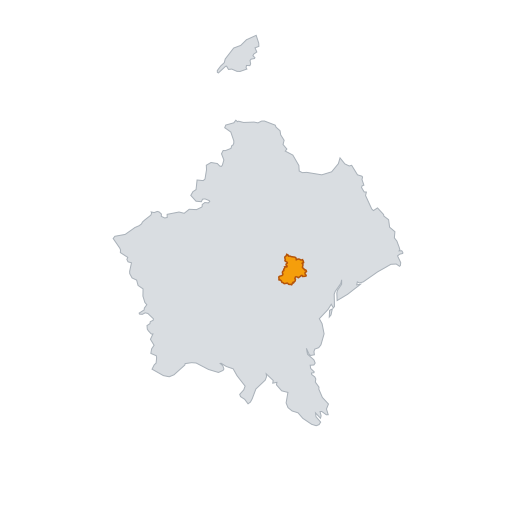 Haute-Vienne on a map of France (orthographic projection), rotated 226°
{"feature_id": "FRA-5303", "entity_name": "Haute-Vienne", "entity_type": "Metropolitan department", "adm_level": 1, "iso_a3": "FRA", "parent_name": "France", "parent_adm1": "", "projection": "orthographic", "projection_center": [1.157, 45.922], "detail": "fine", "context": "in_parent", "style": "filled", "palette": "amber", "viewbox_px": 512, "rotation_deg": 226, "n_neighbors": 0, "source": "natural_earth", "source_scale": "10m", "svg_char_len": 6342}
<svg xmlns="http://www.w3.org/2000/svg" viewBox="0 0 512 512"><g transform="rotate(226 256 256)"><path d="M360.5,211.2L358.0,212.9L356.6,216.0L355.0,216.9L351.9,217.1L350.3,215.4L346.7,216.8L345.4,218.9L347.7,221.0L341.1,231.2L336.6,234.0L336.0,240.4L330.7,245.4L329.0,250.5L328.9,251.5L330.4,253.1L330.0,256.3L327.3,258.6L327.4,260.7L328.2,260.9L332.5,259.0L334.0,257.0L333.0,254.4L337.1,250.9L344.9,251.2L346.1,255.4L345.4,259.0L351.6,266.4L346.9,270.4L346.8,272.8L352.4,280.3L355.8,283.3L354.5,288.6L349.4,292.4L345.9,292.4L344.5,293.3L344.7,294.9L347.4,299.6L353.5,302.2L354.7,305.7L353.1,307.1L350.8,312.7L352.2,315.3L351.8,316.5L352.5,318.3L354.2,320.0L362.7,324.0L370.0,322.6L371.2,325.2L367.2,332.6L367.7,335.8L365.4,336.0L365.1,337.1L360.7,339.8L353.7,347.6L350.4,349.9L349.2,353.7L347.3,355.8L336.8,360.7L334.7,359.9L329.4,360.3L326.0,357.9L319.7,356.6L317.4,352.9L311.5,352.5L311.1,349.9L303.0,352.6L291.3,349.7L287.1,346.1L283.8,347.2L280.9,350.6L268.7,359.7L264.0,368.9L265.2,379.4L268.2,384.6L260.5,383.9L256.0,385.6L254.8,387.8L243.9,385.4L239.9,387.6L238.8,387.5L237.3,385.3L232.0,382.8L232.8,381.1L232.0,379.5L227.0,378.3L225.3,379.8L223.4,376.8L209.4,371.9L207.1,372.0L206.2,376.8L197.2,376.6L195.9,375.7L190.0,376.6L183.9,372.1L177.0,372.8L172.9,368.1L168.9,367.7L163.2,365.2L160.6,363.9L160.3,362.5L158.5,364.5L156.4,364.0L155.9,363.3L157.4,360.8L157.8,357.9L150.7,355.5L148.9,353.3L148.9,352.1L152.8,351.3L156.3,347.3L160.1,332.5L162.9,315.0L164.8,311.7L167.0,310.9L165.3,308.4L163.1,311.5L164.8,295.4L167.6,283.4L173.3,288.5L174.7,290.7L176.2,298.0L179.4,301.1L177.4,298.1L175.5,288.4L174.2,285.7L165.2,277.4L164.9,275.6L169.0,276.6L167.5,270.6L166.9,258.0L161.4,256.5L152.7,250.9L147.0,241.0L146.5,237.4L148.2,233.6L146.9,231.2L144.4,229.4L146.5,226.2L148.3,225.9L154.6,228.1L149.5,224.8L141.1,225.5L137.9,224.2L137.4,221.9L139.8,219.1L137.1,217.2L132.3,217.4L131.8,216.6L133.3,214.6L132.1,213.7L128.2,214.3L126.0,213.6L124.1,211.1L117.9,210.2L116.6,208.7L108.2,205.5L99.2,205.3L97.0,200.4L91.7,197.7L92.9,196.3L98.5,195.3L99.6,194.0L95.8,191.8L94.5,189.7L101.8,189.8L98.7,187.5L91.6,187.1L90.9,184.2L92.1,181.4L96.3,179.1L106.7,176.9L114.0,177.3L119.5,174.3L124.7,173.7L129.4,175.6L135.7,184.2L141.2,180.8L149.1,181.2L150.6,183.3L152.9,179.7L154.5,181.9L164.2,181.5L162.0,180.0L160.3,176.4L160.4,163.5L155.9,154.0L154.8,150.5L155.2,147.6L160.8,148.3L165.6,147.2L167.8,148.2L168.2,154.2L170.0,157.8L183.1,159.2L190.7,161.2L197.1,157.9L203.1,156.4L203.6,155.6L200.1,155.9L197.0,154.4L196.6,152.8L198.3,148.1L207.4,143.0L220.6,138.6L224.0,135.6L227.8,130.3L227.0,129.0L227.5,114.5L229.4,109.7L234.3,106.3L246.8,102.6L248.4,107.2L248.4,109.8L251.8,113.8L253.5,115.0L259.0,112.7L261.7,116.4L262.6,120.7L269.4,122.2L271.5,127.7L272.7,126.5L276.9,126.6L278.9,127.0L281.7,129.3L281.0,132.7L282.2,134.3L281.2,137.4L282.1,138.6L289.8,138.3L292.1,136.8L293.0,133.7L295.2,131.8L296.1,132.3L294.9,138.1L296.1,139.5L296.8,143.6L299.8,143.8L305.7,146.8L310.8,151.9L316.7,150.7L321.6,153.4L326.3,151.6L331.0,152.9L332.7,154.4L337.6,161.7L340.7,159.9L343.2,160.7L344.1,162.8L352.7,160.8L354.5,162.8L356.4,163.5L367.8,165.4L368.2,168.2L362.4,176.9L360.6,188.7L359.0,192.9L358.6,195.9L359.3,197.9L359.2,201.1L358.4,208.7L359.4,210.8L360.5,211.2ZM417.2,362.6L417.1,367.5L419.1,370.7L421.1,384.4L418.1,391.3L418.2,399.4L414.6,409.4L407.2,405.8L404.8,403.7L406.4,399.9L402.2,398.3L402.8,394.7L402.2,392.9L399.4,393.0L399.1,392.1L401.0,389.2L400.8,387.5L397.9,385.6L397.2,383.8L399.7,381.5L398.3,379.6L396.8,379.3L399.8,372.8L402.0,370.6L407.3,368.4L409.3,365.8L413.0,366.7L413.6,366.0L413.8,356.1L415.0,355.8L416.3,357.0L417.2,362.6ZM165.8,271.2L164.9,274.1L161.5,269.0L161.2,266.3L165.8,271.2Z" fill="#d9dde1" stroke="#a8b0b8" stroke-width="1"/><path d="M235.5,278.7L235.9,279.2L235.1,279.6L234.9,279.7L234.7,279.6L234.2,279.7L233.7,279.4L233.2,279.3L232.9,279.6L232.7,280.0L232.3,280.4L231.1,280.9L228.1,283.2L226.8,283.4L225.3,282.4L224.8,283.8L224.5,284.3L223.6,285.0L223.2,285.2L222.7,285.2L222.2,285.4L221.6,285.9L221.1,286.6L221.0,286.9L220.4,286.5L219.7,286.6L219.2,286.2L218.9,286.1L218.4,285.9L218.2,285.7L218.1,285.4L218.2,285.2L218.5,284.9L218.7,284.7L218.8,284.5L218.8,284.3L218.7,284.1L217.5,283.9L217.1,283.7L216.8,283.4L216.7,283.2L216.1,282.2L215.8,281.8L215.6,281.6L215.4,281.4L215.1,281.4L214.7,281.5L213.9,281.4L213.7,281.4L213.0,281.6L212.7,281.6L212.3,281.3L212.1,281.3L211.9,281.5L211.7,281.9L211.4,282.0L211.0,282.1L210.3,281.8L209.9,281.7L209.7,281.4L209.7,281.2L210.0,280.3L210.0,280.1L210.0,279.9L209.5,279.2L209.1,278.9L208.9,278.8L208.7,278.7L208.0,278.8L207.3,278.6L206.9,278.3L207.4,277.0L207.6,276.8L208.0,276.5L208.3,276.2L208.4,275.9L208.6,275.5L208.8,275.3L209.0,275.3L209.4,275.5L209.6,275.6L210.1,275.6L210.3,275.3L210.4,275.1L210.5,274.6L210.6,273.2L210.8,272.7L210.8,272.4L210.8,271.7L210.9,271.4L211.1,271.3L211.3,271.2L211.7,271.3L211.9,271.2L212.2,271.1L212.4,271.0L212.7,270.8L213.0,270.6L213.3,270.3L213.5,270.0L213.5,269.7L212.9,268.5L212.8,268.3L212.6,268.2L212.4,268.1L212.1,268.3L211.9,268.3L211.8,268.2L211.0,267.1L210.9,266.9L210.8,266.7L210.8,266.3L210.9,265.9L210.9,265.6L210.8,265.4L210.6,264.5L211.1,264.6L211.3,264.5L211.3,264.3L211.1,263.0L211.0,262.8L210.8,262.5L210.6,262.2L210.5,261.7L210.8,261.4L211.2,261.3L211.4,261.2L211.7,261.0L212.2,260.4L212.8,259.9L213.0,259.8L214.5,259.8L214.9,259.6L215.0,259.5L215.1,259.3L215.1,259.1L215.2,258.9L215.3,258.7L215.6,258.4L215.8,258.1L216.1,257.6L216.3,257.3L216.5,257.1L216.8,257.0L217.0,257.0L217.4,257.0L217.7,257.0L218.0,256.9L219.0,256.3L219.6,256.6L219.9,256.6L220.2,256.8L220.5,256.9L220.8,256.9L221.8,256.8L222.1,256.7L222.3,256.5L222.3,256.3L222.5,256.1L222.8,255.9L223.0,256.0L223.3,256.3L223.4,256.5L223.6,256.7L224.6,257.4L225.1,257.9L225.1,258.7L223.9,261.1L223.9,262.1L224.3,262.8L225.4,263.2L225.7,263.4L226.2,264.1L226.4,264.5L226.4,264.9L226.3,265.3L226.2,265.8L226.4,266.1L227.1,266.6L227.3,267.3L227.5,268.2L227.7,268.9L228.3,269.1L227.9,269.7L227.5,270.1L226.9,270.4L227.0,270.5L226.9,271.1L227.2,271.4L228.7,271.4L229.0,271.6L229.2,271.9L229.3,272.4L229.1,273.3L229.2,273.7L229.4,273.9L229.7,274.0L230.2,274.0L231.8,273.5L232.4,273.5L232.6,273.6L232.7,273.8L232.9,274.3L233.1,274.5L233.4,274.7L234.9,275.6L235.3,276.2L235.3,277.4L235.0,278.3L235.5,278.7Z" fill="#f59e0b" stroke="#b45309" stroke-width="1.5"/></g></svg>